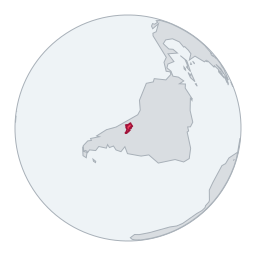 globe centered on Catamarca, rotated 57°
{"feature_id": "ARG-1300", "entity_name": "Catamarca", "entity_type": "Province", "adm_level": 1, "iso_a3": "ARG", "parent_name": "Argentina", "parent_adm1": "", "projection": "orthographic", "projection_center": [-67.01, -27.65], "detail": "fine", "context": "on_globe", "style": "filled", "palette": "rose", "viewbox_px": 256, "rotation_deg": 57, "n_neighbors": 0, "source": "natural_earth", "source_scale": "10m", "svg_char_len": 4917}
<svg xmlns="http://www.w3.org/2000/svg" viewBox="0 0 256 256"><g transform="rotate(57 128 128)"><circle cx="128" cy="128" r="113" fill="#eef3f6" stroke="#a8b0b8"/><path d="M64.7,34.8L64.8,34.7L71.7,30.5L78.8,26.7L86.1,23.4L93.7,20.7L101.5,18.5L101.0,18.6L101.9,18.6L111.1,17.3L110.4,17.9L112.2,18.3L114.2,17.6L113.5,17.1L117.7,16.3L116.4,16.1L117.9,15.9L122.4,15.5L125.5,15.4L125.7,15.6L127.3,15.7L130.4,15.5L133.7,16.1L141.1,17.4L141.6,17.8L136.8,18.1L128.8,17.9L122.5,19.6L130.5,18.3L131.5,19.8L133.3,20.1L135.5,20.1L136.7,19.6L137.8,20.2L130.3,21.4L129.2,20.8L131.6,20.4L127.8,20.4L122.8,21.7L123.7,22.7L115.1,24.6L115.6,25.5L114.1,26.5L113.8,25.0L114.1,27.9L104.2,32.7L104.4,39.5L100.0,34.8L95.7,35.0L90.6,36.1L90.5,37.2L83.8,38.0L77.4,42.1L74.6,48.4L76.5,52.5L84.0,50.7L86.5,47.4L92.1,45.7L87.6,54.0L97.3,53.3L96.1,59.7L98.8,62.6L103.8,61.0L109.0,62.1L112.8,58.0L118.9,55.6L118.9,60.8L122.4,55.9L125.7,58.3L137.9,58.3L136.9,59.4L147.2,66.4L158.4,70.5L161.0,75.0L159.6,77.4L163.5,78.8L163.6,80.6L179.1,86.5L187.0,93.3L186.8,99.8L180.1,105.7L173.9,121.7L161.9,125.2L158.7,132.3L149.2,142.4L142.0,140.8L144.0,146.8L139.9,150.0L135.2,150.0L134.3,154.2L130.8,154.2L133.1,157.1L127.6,162.6L129.3,167.4L125.4,172.2L126.6,175.1L125.1,175.0L123.5,176.1L123.4,177.8L118.5,175.2L116.9,168.8L118.5,165.5L116.4,165.1L119.7,156.8L117.5,158.6L117.7,146.9L120.7,137.5L122.2,112.6L119.7,108.0L111.0,103.3L100.5,88.3L103.1,81.7L100.9,79.1L108.3,70.0L106.4,62.8L103.8,62.1L101.2,65.1L92.5,62.0L89.6,57.4L64.4,56.8L62.1,55.5L62.6,51.9L57.1,45.6L58.2,53.2L55.4,52.8L53.8,50.6L55.5,49.1L55.4,45.6L53.4,45.8L55.7,42.0L61.6,37.0L64.7,34.8ZM103.6,42.1L114.8,44.8L108.2,45.8L109.5,45.0L106.7,43.7L101.5,42.9L95.8,44.7L103.6,42.1ZM109.1,37.4L107.1,37.4L109.1,37.1L109.1,37.4ZM116.4,16.0L116.1,16.0L116.4,16.0ZM126.7,180.8L118.9,176.2L123.3,178.2L126.1,175.6L130.2,179.2L126.7,180.8ZM135.0,174.3L138.4,173.2L139.3,174.1L137.1,175.1L135.0,174.3ZM209.0,49.7L209.8,50.6L208.2,49.3L204.5,46.0L197.5,39.5L199.0,40.6L209.0,49.7ZM230.2,175.3L228.4,179.1L228.1,179.2L225.8,182.9L223.7,185.1L221.3,185.8L220.9,180.5L223.5,176.7L227.4,167.1L233.8,146.8L236.7,140.5L237.8,134.1L237.2,117.1L237.5,110.7L236.7,106.7L235.4,105.3L234.1,100.5L233.0,99.1L224.3,93.6L219.9,86.5L210.7,69.7L211.0,65.6L208.1,59.7L208.0,49.2L211.3,52.4L212.5,53.6L217.7,59.8L222.4,66.5L226.6,73.5L230.2,80.7L233.4,88.2L236.0,95.9L238.0,103.8L239.5,111.8L240.3,119.9L240.6,128.0L240.3,136.1L239.5,144.2L238.0,152.2L236.0,160.1L233.4,167.8L230.2,175.3ZM212.0,55.8L212.9,57.4L212.0,55.8ZM138.3,58.2L139.7,59.3L137.8,59.3L138.3,58.2ZM107.2,47.8L109.6,47.6L110.9,48.2L109.0,48.7L107.2,47.8ZM127.8,46.7L130.7,47.2L127.7,47.5L127.8,46.7ZM116.6,45.2L125.6,46.6L119.8,48.2L114.1,47.4L118.1,46.8L116.6,45.2ZM107.8,39.9L109.2,40.1L108.7,40.9L107.8,39.9ZM110.5,37.3L109.9,37.4L109.2,36.9L110.5,37.3ZM131.9,19.7L132.5,19.7L134.8,19.8L133.6,20.0L131.9,19.7ZM145.1,19.5L146.6,20.6L144.7,19.9L143.5,20.2L138.0,19.2L141.5,17.9L140.9,18.6L145.1,19.5ZM131.6,18.0L134.7,18.5L131.2,18.1L131.6,18.0ZM128.3,15.4L128.8,15.4L127.7,15.4L128.3,15.4ZM150.4,17.6L150.5,17.6L145.6,16.7L145.3,16.7L150.4,17.6ZM56.7,215.2L57.6,215.9L61.8,219.1L62.2,219.4L56.7,215.2ZM52.9,212.0L53.6,212.5L52.9,212.0Z" fill="#d9dde1" stroke="#a8b0b8" stroke-width="1"/><path d="M125.7,126.8L125.7,126.7L125.4,126.0L125.3,125.9L125.2,125.8L125.2,125.7L125.2,125.4L125.3,125.3L125.5,125.1L125.4,124.5L125.4,124.3L125.3,124.2L125.2,124.0L125.3,123.9L125.2,123.9L125.2,123.7L125.3,123.2L126.6,123.4L128.7,123.3L128.8,123.3L128.9,123.6L129.0,123.7L129.0,123.8L128.9,123.9L128.9,124.0L128.7,124.1L128.4,124.2L128.3,124.3L128.4,124.5L128.5,124.8L128.7,125.0L128.8,125.1L128.8,125.3L129.0,125.4L129.0,125.5L129.2,125.3L129.2,125.2L129.3,125.2L129.5,125.1L129.7,125.3L129.6,125.5L129.5,125.8L129.8,126.0L130.0,126.1L130.0,126.3L130.0,126.5L129.9,126.7L129.8,126.8L129.7,126.9L129.7,127.0L129.5,127.3L129.4,127.3L129.5,127.4L129.7,127.5L129.8,127.5L129.8,127.9L129.9,128.0L130.0,128.1L130.0,128.3L130.3,128.3L130.3,128.5L130.5,128.8L130.6,128.7L130.9,128.4L130.9,128.5L131.0,128.5L131.3,129.3L131.4,129.5L131.3,129.8L131.2,129.8L131.2,130.0L131.3,130.0L131.3,130.5L131.4,131.3L131.5,131.4L131.6,131.6L131.6,131.8L131.5,132.3L131.3,132.6L131.2,132.8L130.7,132.9L130.5,132.3L130.4,132.1L130.3,131.9L130.2,131.7L130.2,131.4L130.1,131.2L129.8,130.8L129.7,130.8L129.5,130.6L129.2,130.4L129.1,130.2L128.9,129.9L128.9,129.7L128.7,129.5L128.4,129.3L128.1,129.2L127.9,129.2L127.9,129.3L127.7,129.4L126.8,129.4L126.7,129.4L126.4,129.2L126.4,128.9L126.3,129.0L126.2,129.0L126.1,128.9L125.9,128.9L125.7,128.8L125.7,128.7L125.5,128.4L125.5,128.2L125.4,128.2L125.3,128.3L125.2,128.3L125.2,128.2L125.0,128.3L124.9,128.3L124.3,128.3L124.3,128.2L124.4,127.9L124.5,127.8L124.5,127.7L124.7,127.3L124.7,127.2L124.8,127.0L124.9,126.9L125.0,127.0L125.3,127.0L125.3,126.9L125.5,126.9L125.7,126.8Z" fill="#f43f5e" stroke="#9f1239" stroke-width="1.5"/></g></svg>